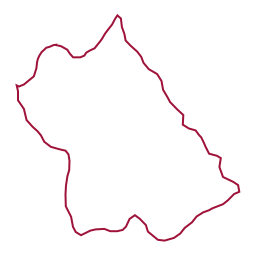 outline of Barda District, Bərdə, Azerbaijan
{"feature_id": "54616110B76249555634218", "entity_name": "Barda District", "entity_type": "district", "adm_level": 2, "iso_a3": "AZE", "parent_name": "Azerbaijan", "parent_adm1": "Bərdə", "projection": "orthographic", "projection_center": [47.218, 40.364], "detail": "fine", "context": "isolated", "style": "outline", "palette": "rose", "viewbox_px": 256, "rotation_deg": 0, "n_neighbors": 0, "source": "geoboundaries", "source_scale": "gbopen_adm2", "svg_char_len": 1393}
<svg xmlns="http://www.w3.org/2000/svg" viewBox="0 0 256 256"><path d="M16.7,85.4L18.0,91.2L18.0,100.3L23.9,108.9L24.9,113.1L26.6,120.1L32.7,126.9L37.4,131.1L40.9,135.3L44.3,141.8L50.8,146.8L58.8,149.1L65.6,150.7L68.5,154.5L69.5,160.8L69.2,170.1L67.4,176.2L66.0,185.5L65.5,194.2L65.8,206.3L71.1,216.8L73.0,226.9L75.6,231.7L75.7,232.0L81.0,235.2L90.4,230.6L95.6,229.4L104.3,228.9L110.3,231.2L117.3,231.2L122.7,229.9L126.0,226.6L129.6,218.9L134.9,215.2L139.7,218.7L145.9,225.1L147.9,231.6L157.9,239.8L164.5,240.6L174.0,237.9L180.3,233.5L184.6,228.0L192.0,222.3L196.6,216.5L203.1,212.4L209.1,210.2L212.4,208.3L223.0,204.2L227.9,200.3L234.1,194.0L239.3,191.8L238.1,185.1L233.1,181.8L223.0,177.0L219.4,167.0L220.8,158.1L217.0,155.8L209.1,153.7L205.3,146.2L204.1,143.3L201.2,137.3L199.3,135.4L195.6,130.4L188.9,128.5L182.8,124.7L183.3,115.0L177.4,109.6L170.1,102.1L167.6,97.4L163.1,89.8L161.5,81.0L157.2,74.1L148.8,69.2L143.5,62.8L141.2,56.8L137.2,51.6L130.6,45.7L125.6,40.5L124.4,34.0L121.9,27.0L120.9,18.5L117.4,15.4L115.0,19.0L112.1,24.5L108.3,29.3L105.0,33.7L101.9,39.0L99.9,41.7L96.5,45.9L94.6,48.3L90.1,50.4L86.2,52.7L84.4,55.6L80.3,57.3L73.1,57.3L69.8,53.6L67.3,49.7L60.8,46.1L55.6,45.0L55.7,44.8L53.5,45.1L49.1,47.0L46.3,47.7L43.8,50.1L41.7,52.0L39.5,55.4L37.9,58.8L37.1,62.0L36.4,68.3L33.8,76.4L30.0,79.5L23.9,84.5L19.0,86.5L16.7,85.4Z" fill="none" stroke="#9f1239" stroke-width="2"/></svg>